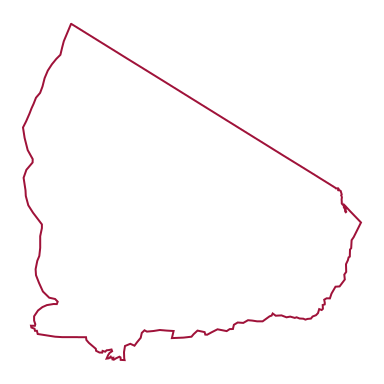 Muynak, Karakalpakstan, Uzbekistan
{"feature_id": "79887680B8314614924968", "entity_name": "Muynak", "entity_type": "district", "adm_level": 2, "iso_a3": "UZB", "parent_name": "Uzbekistan", "parent_adm1": "Karakalpakstan", "projection": "robinson", "projection_center": [59.714, 44.364], "detail": "fine", "context": "isolated", "style": "outline", "palette": "rose", "viewbox_px": 384, "rotation_deg": 0, "n_neighbors": 0, "source": "geoboundaries", "source_scale": "gbopen_adm2", "svg_char_len": 2483}
<svg xmlns="http://www.w3.org/2000/svg" viewBox="0 0 384 384"><path d="M252.4,320.6L256.9,321.3L262.7,321.3L269.6,316.3L271.6,315.6L272.7,313.5L275.7,315.7L281.5,315.4L286.5,317.3L290.2,316.6L294.8,317.9L296.6,317.3L299.6,318.5L303.3,318.7L305.4,319.6L307.6,318.9L310.9,318.6L312.6,316.5L316.0,315.2L318.0,313.1L319.2,309.1L321.7,310.0L322.9,308.8L322.7,305.0L324.7,304.4L324.8,302.9L324.2,299.7L326.6,298.3L329.9,298.4L331.5,293.6L335.5,286.7L339.6,286.4L344.8,279.5L344.3,274.6L346.2,271.9L346.0,264.2L347.9,260.2L348.6,257.4L349.8,256.6L350.0,249.6L351.2,248.1L351.6,240.2L353.7,237.1L361.0,222.5L360.8,222.3L353.3,214.5L350.1,211.2L345.6,206.3L344.9,205.6L345.2,207.0L345.7,207.4L345.7,210.7L346.2,211.8L345.8,212.2L345.2,211.5L345.0,209.3L343.8,207.1L343.8,206.7L344.2,206.2L344.0,205.7L342.7,204.7L341.9,203.7L341.7,203.1L341.8,202.4L341.6,199.3L341.9,197.5L341.6,196.1L341.2,195.3L341.7,194.4L340.7,191.0L339.6,190.3L339.0,189.8L338.8,190.2L338.3,190.3L338.1,190.1L338.1,189.5L338.5,188.8L338.1,188.3L335.9,188.4L335.5,187.9L308.9,171.3L283.1,155.4L152.6,74.3L127.5,58.8L99.0,41.1L71.3,23.9L71.0,24.0L63.8,41.2L62.1,47.7L60.4,54.8L56.3,58.9L51.9,64.3L47.8,70.6L44.6,78.2L42.5,86.5L40.1,92.9L36.0,97.7L33.6,103.8L31.5,108.4L29.5,113.6L26.1,121.4L23.0,127.5L24.6,137.9L27.7,150.1L32.7,159.1L32.6,162.5L26.4,169.8L23.6,177.8L25.5,190.3L25.8,196.0L28.3,205.3L33.0,212.7L41.9,224.4L41.9,228.1L40.2,236.2L40.2,241.7L40.2,247.9L39.3,256.0L37.3,260.8L35.6,269.2L36.0,275.2L39.0,282.9L42.9,291.5L49.2,297.7L55.1,299.0L57.7,301.7L56.8,304.1L53.6,304.0L46.9,305.1L42.4,307.1L38.0,310.5L34.1,316.3L34.1,320.6L35.3,324.2L34.9,325.8L31.0,325.7L31.4,327.5L34.5,328.7L35.0,330.8L36.9,330.8L37.7,334.0L55.1,336.7L61.6,337.1L86.0,337.2L86.4,340.0L88.9,342.9L95.8,348.8L96.1,350.8L99.4,352.5L102.2,352.6L102.6,350.9L105.2,351.7L106.6,350.3L108.5,350.1L111.5,349.5L112.1,351.2L109.6,352.9L108.2,355.0L106.6,358.6L108.8,358.3L110.7,356.7L111.2,357.8L113.2,357.7L112.6,359.4L113.8,359.7L115.9,358.4L119.4,356.7L120.5,357.4L120.7,359.9L124.6,360.1L124.2,358.2L124.0,352.1L125.0,346.0L130.3,343.8L134.5,345.7L137.0,342.3L140.7,337.8L141.8,332.9L144.5,330.3L146.9,331.6L153.5,331.0L159.8,330.0L166.8,330.6L173.6,331.0L171.9,338.1L183.6,337.6L191.5,336.7L193.6,334.2L197.5,330.6L204.6,332.1L205.3,334.6L207.2,334.7L211.4,332.4L217.5,329.3L222.1,330.2L226.7,331.1L229.7,329.1L232.9,329.0L233.9,324.8L237.7,322.5L243.3,322.9L248.0,320.2L252.4,320.6Z" fill="none" stroke="#9f1239" stroke-width="2"/></svg>